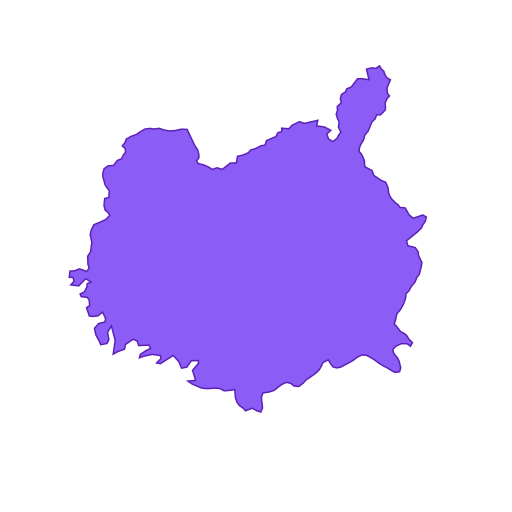 outline of Ipê, Rio Grande do Sul, Brazil, rotated 251°
{"feature_id": "56859067B62664054326026", "entity_name": "Ipê", "entity_type": "district", "adm_level": 2, "iso_a3": "BRA", "parent_name": "Brazil", "parent_adm1": "Rio Grande do Sul", "projection": "equal_earth", "projection_center": [-51.295, -28.718], "detail": "fine", "context": "isolated", "style": "filled", "palette": "violet", "viewbox_px": 512, "rotation_deg": 251, "n_neighbors": 0, "source": "geoboundaries", "source_scale": "gbopen_adm2", "svg_char_len": 4111}
<svg xmlns="http://www.w3.org/2000/svg" viewBox="0 0 512 512"><g transform="rotate(251 256 256)"><path d="M113.1,195.6L113.3,202.8L109.1,206.7L106.9,209.8L110.3,212.7L114.6,213.8L117.6,214.3L121.1,215.4L124.3,218.1L123.2,223.4L123.0,229.2L125.3,235.8L126.3,239.3L126.6,243.8L124.1,247.6L120.7,249.6L118.7,254.1L120.5,259.4L122.5,262.9L124.0,268.5L126.1,275.4L127.8,278.7L130.3,281.6L133.4,284.5L134.3,290.5L129.7,291.5L126.1,292.7L124.0,295.7L123.3,299.6L124.0,304.1L125.5,313.2L127.3,318.6L128.0,323.8L126.2,328.0L122.3,331.7L119.7,333.8L116.4,336.1L113.8,338.0L110.4,340.8L107.3,343.8L104.4,346.2L100.8,349.3L99.8,354.1L103.3,356.5L106.3,356.7L109.9,357.1L113.7,356.6L117.0,355.3L119.8,354.5L123.1,355.0L125.2,359.0L125.8,365.0L123.7,370.5L120.4,372.6L123.1,375.7L127.9,373.4L131.9,372.6L134.7,370.8L137.4,368.1L140.4,367.1L143.8,366.0L146.5,364.5L150.1,367.1L155.4,370.3L158.3,375.1L161.5,378.8L164.7,381.7L167.9,384.0L171.4,385.4L173.5,389.5L176.7,393.0L179.7,398.0L183.5,401.2L185.4,404.4L188.0,406.1L192.5,409.0L195.9,410.8L199.1,410.3L203.1,409.9L207.4,410.6L212.1,409.3L216.3,402.9L221.4,403.3L223.7,409.7L225.4,414.4L226.8,417.8L228.6,421.5L231.4,424.2L233.7,427.4L237.4,429.8L240.5,427.0L240.5,422.3L240.5,417.0L245.2,414.1L248.8,413.5L253.0,412.6L255.1,407.8L258.1,407.1L260.9,405.2L264.9,403.2L267.7,402.3L271.2,401.9L274.1,402.3L278.5,403.1L283.7,402.5L286.7,399.0L290.4,396.3L293.6,393.7L299.1,393.5L304.8,388.1L307.7,388.5L310.5,389.5L314.5,389.3L318.1,388.9L321.2,387.5L324.4,388.9L327.2,391.2L330.9,395.7L334.7,398.0L337.6,402.7L340.8,405.6L344.9,409.1L346.9,413.3L350.2,416.1L349.0,419.5L350.4,422.8L352.2,426.0L355.1,427.0L358.7,427.9L362.1,431.1L363.9,434.3L367.0,433.2L372.0,434.5L375.3,437.2L378.8,440.5L382.0,437.7L385.9,436.9L389.0,437.0L392.4,435.3L395.5,434.7L394.4,430.2L396.2,426.8L396.7,421.3L392.3,420.9L385.9,420.2L387.6,416.9L389.3,413.7L390.5,409.7L387.3,404.9L384.8,401.1L384.5,396.2L382.0,394.0L381.0,389.5L377.4,387.0L373.1,386.5L370.9,381.5L367.1,380.4L363.9,378.0L360.0,377.8L355.6,378.2L351.0,375.9L345.4,376.6L343.3,373.3L340.8,370.8L339.2,366.0L343.1,362.7L348.3,362.7L350.5,367.7L355.7,362.7L359.3,355.7L364.2,358.6L365.6,345.0L368.9,340.8L367.8,332.4L365.6,328.5L368.5,321.9L365.2,320.9L365.5,316.9L362.4,313.6L361.7,303.5L357.9,300.6L358.6,296.7L357.6,289.5L358.1,285.7L356.1,282.3L355.7,276.1L356.3,270.9L350.4,267.8L352.2,261.9L348.9,252.3L352.1,247.9L352.1,242.9L355.8,239.9L359.2,236.2L362.2,231.5L365.2,230.7L367.4,234.0L370.5,235.0L375.4,235.4L380.2,234.1L383.6,233.7L398.1,232.1L400.2,226.7L401.0,219.9L402.5,214.7L405.0,210.2L408.3,205.9L409.2,201.1L411.2,197.2L412.2,192.1L411.0,186.5L409.8,182.2L409.8,176.8L408.8,171.4L405.9,169.1L403.6,165.4L400.0,167.4L396.5,166.3L394.7,163.4L391.7,160.5L391.5,155.9L388.0,150.8L389.4,145.6L388.0,140.8L384.3,138.2L380.6,137.0L376.9,136.8L372.4,136.5L368.7,137.4L365.5,138.6L362.6,137.2L359.3,136.1L359.6,131.7L356.3,130.1L353.2,128.7L348.5,128.3L345.0,130.4L342.0,130.9L339.4,125.8L338.7,118.8L338.4,113.0L334.1,108.6L330.0,106.1L325.9,105.7L322.1,105.1L318.2,103.1L313.8,101.0L310.5,96.7L306.2,95.4L302.8,94.4L298.8,94.4L296.5,90.7L298.8,88.2L301.3,84.9L301.1,79.3L302.3,75.2L296.6,72.5L295.5,76.0L291.5,75.8L288.9,71.5L285.5,78.7L290.0,87.6L285.2,91.5L284.8,87.4L282.1,86.3L277.9,82.0L277.3,77.3L274.4,77.5L271.9,83.0L268.8,83.9L263.3,82.6L262.3,78.9L253.5,78.9L251.9,82.2L250.9,87.1L252.9,92.7L245.6,93.4L242.8,91.5L243.4,85.3L240.2,79.7L233.7,78.9L226.2,80.1L222.7,80.3L221.8,86.6L224.7,89.6L232.3,90.9L236.9,96.5L222.1,95.4L209.7,89.0L210.6,94.2L210.7,101.4L214.8,103.7L217.3,112.8L214.2,116.0L209.5,115.9L206.6,125.8L203.0,126.2L202.3,121.0L200.7,114.7L197.7,112.6L197.8,117.1L196.7,126.0L193.0,133.2L189.9,132.8L187.3,127.2L185.3,130.4L188.9,145.4L181.0,148.7L174.2,149.1L173.4,154.3L178.0,160.7L175.9,167.5L173.1,166.5L168.6,158.8L158.0,158.4L159.9,150.9L155.8,153.9L153.0,157.0L148.9,161.5L146.8,165.8L145.7,169.4L144.6,173.7L142.5,178.6L138.9,182.0L137.4,187.7L136.6,192.5L132.6,191.4L128.6,190.4L124.1,190.4L120.1,191.5L116.4,194.3L113.1,195.6Z" fill="#8b5cf6" stroke="#5b21b6" stroke-width="1.5"/></g></svg>